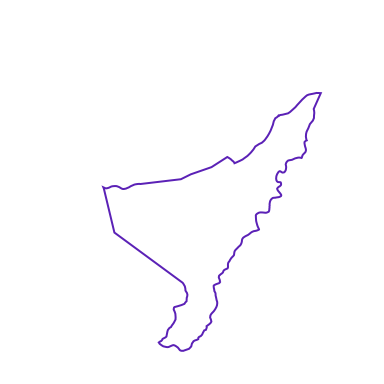 Dugard, Micoud, Saint Lucia (Equal Earth projection), rotated 119°
{"feature_id": "8701671B98916205392785", "entity_name": "Dugard", "entity_type": "district", "adm_level": 2, "iso_a3": "LCA", "parent_name": "Saint Lucia", "parent_adm1": "Micoud", "projection": "equal_earth", "projection_center": [-60.915, 13.81], "detail": "fine", "context": "isolated", "style": "outline", "palette": "violet", "viewbox_px": 384, "rotation_deg": 119, "n_neighbors": 0, "source": "geoboundaries", "source_scale": "gbopen_adm2", "svg_char_len": 5994}
<svg xmlns="http://www.w3.org/2000/svg" viewBox="0 0 384 384"><g transform="rotate(119 192 192)"><path d="M43.1,127.3L43.9,129.0L45.0,131.1L47.3,133.7L50.0,136.9L51.5,138.2L53.4,139.0L57.7,140.4L64.7,142.1L67.7,142.7L74.4,145.0L76.6,146.1L80.5,150.3L82.0,152.3L83.3,152.9L83.2,153.4L84.0,153.5L85.5,154.0L87.1,154.9L89.2,154.8L90.4,154.8L94.1,153.8L100.3,153.0L103.8,152.9L106.7,153.0L111.0,153.5L112.3,153.8L115.1,154.8L117.4,156.5L121.5,158.7L125.0,158.9L128.8,159.6L131.0,160.2L133.6,161.0L137.4,162.8L139.0,163.5L141.2,165.0L145.0,167.8L146.2,168.8L145.9,169.1L145.5,170.0L145.2,170.9L145.1,171.8L144.9,172.6L144.5,174.1L144.3,176.5L144.3,178.1L160.8,187.0L177.1,201.6L186.2,207.9L210.1,241.1L210.4,241.9L210.5,242.1L210.9,242.7L211.2,243.2L212.1,244.4L212.9,245.4L213.3,245.8L213.7,246.2L214.4,246.7L216.5,248.3L217.7,249.0L218.6,249.5L219.1,249.9L219.8,250.5L220.9,251.3L221.2,251.6L221.7,252.2L222.3,252.9L222.5,253.2L222.7,253.6L222.9,254.1L223.0,254.3L223.0,254.5L223.1,254.9L223.1,255.6L223.1,256.6L223.0,257.4L223.0,257.9L223.2,259.5L223.3,260.3L223.4,260.5L223.5,261.0L223.7,261.5L224.1,262.2L224.8,263.3L225.5,264.3L226.4,265.3L227.3,265.9L228.2,266.5L228.9,267.1L229.7,267.9L230.1,268.4L230.4,268.8L230.6,269.3L230.8,270.1L230.8,270.5L230.9,271.8L231.7,270.8L265.1,240.2L275.9,156.3L276.3,155.3L278.0,152.5L279.7,151.0L281.4,149.9L282.8,147.4L284.1,146.2L285.6,145.6L287.1,145.3L290.2,143.8L291.8,144.3L293.5,144.4L296.0,146.4L298.9,149.2L301.1,151.5L301.8,151.7L302.8,151.4L303.7,151.0L305.1,149.1L306.6,147.5L309.5,145.6L311.5,144.6L315.1,144.5L316.4,144.6L318.5,144.9L320.3,144.9L321.8,145.8L324.3,146.2L325.8,145.9L330.8,144.3L332.0,144.7L334.7,146.5L335.9,146.4L336.7,146.6L337.1,146.6L338.0,147.3L339.7,148.1L340.5,146.6L340.8,144.2L340.9,142.3L340.0,139.2L339.5,138.1L338.9,137.3L336.0,135.1L335.0,134.2L334.6,132.9L334.6,131.4L334.9,128.9L336.2,125.9L336.1,124.5L335.2,122.7L330.6,118.6L327.5,117.8L324.5,118.6L323.1,118.4L321.7,118.3L320.2,117.3L319.1,116.2L317.7,115.2L316.3,115.8L315.2,115.5L313.8,114.5L311.8,114.0L309.8,114.2L307.1,114.2L305.8,113.0L303.4,113.4L302.3,114.2L299.7,113.0L297.8,112.3L296.0,112.2L294.4,113.6L293.0,115.3L292.6,115.5L291.9,115.7L291.3,116.0L291.1,116.0L290.1,116.1L289.2,116.0L288.2,115.8L286.7,115.4L285.4,115.1L284.3,115.0L283.4,114.9L281.3,114.9L280.9,114.9L280.3,115.0L279.7,115.1L279.0,115.2L277.0,116.0L276.7,116.2L275.9,116.7L275.6,117.0L274.6,118.1L272.8,119.6L271.5,120.8L270.9,121.3L269.7,122.0L269.3,122.3L268.8,122.8L268.0,124.1L267.9,124.3L267.6,124.5L267.0,125.0L266.8,125.1L266.6,125.3L265.8,125.9L265.6,126.2L264.6,126.9L264.0,127.3L263.5,127.5L263.3,127.6L263.1,127.5L262.7,127.4L261.9,126.9L260.8,126.1L258.9,124.4L258.7,124.2L258.3,124.0L257.8,123.9L257.6,123.8L257.3,123.8L257.1,123.8L257.0,124.0L256.7,124.3L255.9,124.7L255.6,125.0L255.3,125.3L254.8,125.9L254.0,126.9L253.8,127.1L253.1,127.4L252.3,127.7L252.0,127.7L251.9,127.7L251.3,127.4L251.1,127.4L250.2,127.1L249.6,126.8L248.8,126.4L247.9,126.1L247.6,126.0L247.0,126.0L246.0,126.2L245.5,126.2L245.1,126.1L244.7,126.0L244.3,125.8L243.8,125.5L241.9,124.1L241.7,123.9L240.9,123.9L240.5,124.0L240.3,124.1L239.7,124.4L238.2,125.3L237.6,125.6L236.6,125.9L236.1,126.0L235.9,126.0L234.8,125.8L233.9,125.7L233.5,125.8L232.0,125.7L231.2,125.7L230.4,125.5L229.8,125.4L228.8,125.1L228.1,124.9L227.5,124.8L227.0,124.7L226.5,124.8L224.8,125.5L223.6,125.9L223.2,126.0L222.1,125.9L221.8,125.9L220.7,125.6L218.6,125.0L217.3,124.7L216.0,124.2L214.9,123.9L214.4,123.9L213.3,123.9L212.2,124.1L211.1,124.4L210.3,124.8L209.7,125.0L209.0,125.2L208.7,125.2L207.4,125.1L207.0,125.0L205.4,124.2L204.1,123.4L202.7,122.4L202.0,122.0L201.3,121.7L200.7,121.4L199.5,121.0L198.2,120.4L197.6,120.0L196.7,119.3L196.2,118.9L195.8,118.3L194.4,116.7L193.9,116.3L193.3,115.8L192.7,115.4L192.3,115.2L192.1,115.3L191.4,116.3L191.1,116.7L190.3,117.8L189.7,118.5L187.8,120.4L186.4,121.7L185.7,122.2L185.4,122.4L183.4,123.7L182.2,124.4L181.6,124.8L181.2,124.9L180.7,124.9L180.2,124.8L179.6,124.6L178.5,124.0L177.9,123.6L177.4,123.2L177.1,122.8L176.6,122.1L175.8,120.6L175.1,119.0L174.7,118.0L174.4,117.4L174.0,116.9L173.6,116.5L172.7,115.8L172.2,115.5L172.1,115.4L171.8,115.4L171.2,115.4L170.3,115.7L169.5,116.0L169.4,116.1L169.0,116.3L168.3,116.5L167.5,117.0L166.9,117.3L166.3,117.5L166.0,117.6L165.0,118.3L164.1,118.6L163.0,119.0L161.5,119.3L160.0,119.2L159.4,119.0L159.1,118.9L158.3,118.6L158.0,118.4L157.2,117.4L156.9,116.9L156.8,116.6L156.4,116.2L155.3,114.8L154.5,113.7L154.1,113.3L153.6,112.9L152.8,112.4L152.4,112.2L152.2,112.2L151.7,112.3L151.2,112.7L151.1,112.9L150.7,113.6L150.5,114.0L149.8,115.8L149.3,117.1L148.9,117.9L148.5,118.4L148.2,118.8L147.9,119.1L147.1,119.1L146.7,119.1L145.4,118.6L144.9,118.3L144.4,118.0L143.8,117.8L143.1,117.6L142.7,117.6L142.1,117.8L141.6,118.1L141.0,118.6L140.6,119.1L140.6,119.4L141.0,120.3L141.2,120.7L141.4,121.1L141.6,121.6L141.6,122.1L141.5,122.7L141.4,123.0L140.7,124.0L140.1,124.4L139.7,124.8L138.4,125.4L137.7,125.7L137.1,125.9L135.9,126.1L135.1,126.2L132.8,126.1L132.1,125.9L131.6,125.6L131.3,125.4L131.1,124.9L131.1,123.9L131.2,123.6L131.2,123.3L131.2,122.8L131.1,122.2L130.3,121.1L130.1,121.0L129.4,120.7L128.4,120.6L127.8,120.6L127.2,120.7L126.5,120.9L125.2,121.4L124.6,121.7L124.0,122.1L122.3,123.5L120.9,123.7L120.7,123.8L119.6,123.7L118.8,123.5L118.0,123.2L117.8,123.1L116.9,122.1L116.3,121.3L115.8,120.7L115.3,120.1L112.7,118.2L112.3,117.8L110.8,116.2L110.6,116.0L110.3,115.6L109.9,114.9L109.5,114.0L109.4,113.6L109.2,113.0L109.2,112.8L108.9,112.6L106.9,113.0L106.5,113.1L106.0,113.1L104.9,112.9L102.7,112.3L102.5,112.2L101.9,112.2L100.7,112.4L100.0,112.7L99.7,112.9L99.2,113.3L98.7,113.7L97.4,115.1L96.5,115.9L95.4,116.8L94.9,117.2L94.2,117.6L93.8,117.7L93.6,117.8L93.3,117.7L92.9,117.6L92.3,117.4L92.0,117.3L91.4,116.9L91.2,116.7L90.7,117.4L88.4,119.2L85.9,120.4L83.7,121.0L79.8,121.2L77.5,121.5L75.5,121.8L70.9,120.9L68.2,121.2L66.3,122.2L63.5,123.4L61.6,124.7L60.4,125.8L43.1,127.3Z" fill="none" stroke="#5b21b6" stroke-width="2"/></g></svg>